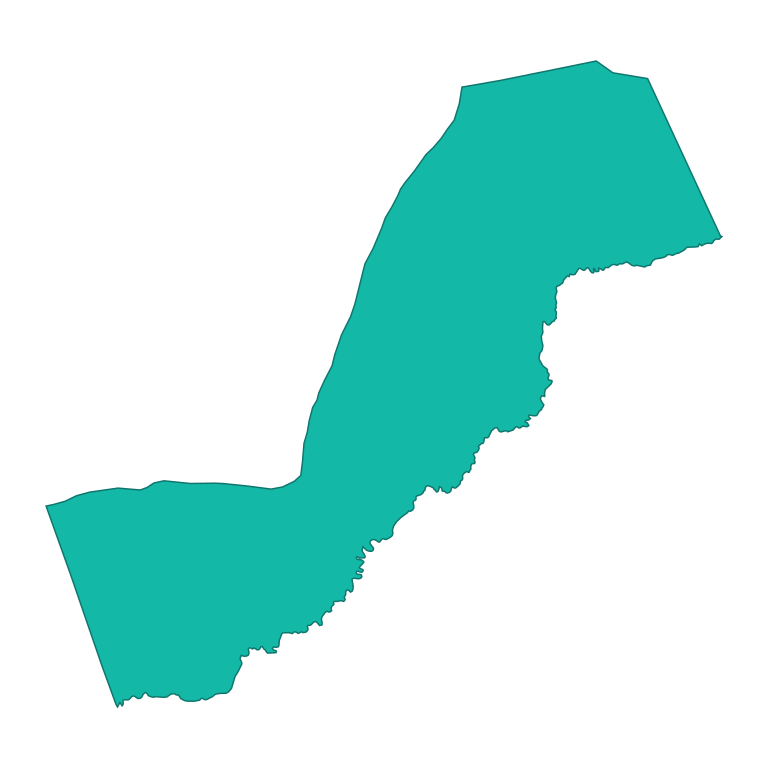 the district of Haraze-Mangueigne, Salamat, Chad
{"feature_id": "50815135B51440340925469", "entity_name": "Haraze-Mangueigne", "entity_type": "district", "adm_level": 2, "iso_a3": "TCD", "parent_name": "Chad", "parent_adm1": "Salamat", "projection": "mercator", "projection_center": [21.205, 10.401], "detail": "fine", "context": "isolated", "style": "filled", "palette": "teal", "viewbox_px": 768, "rotation_deg": 0, "n_neighbors": 0, "source": "geoboundaries", "source_scale": "gbopen_adm2", "svg_char_len": 6121}
<svg xmlns="http://www.w3.org/2000/svg" viewBox="0 0 768 768"><path d="M117.5,707.0L119.9,702.5L122.1,705.8L122.6,705.3L123.2,703.7L123.0,700.7L123.4,700.1L124.8,699.7L127.7,699.9L129.1,699.5L131.8,696.6L133.2,696.0L134.5,696.2L137.8,698.5L140.3,698.3L141.9,696.9L143.2,694.2L145.1,692.6L146.0,692.6L147.0,693.4L148.0,695.2L149.0,696.0L152.3,697.1L154.3,697.1L156.4,696.5L157.6,696.9L164.3,697.3L167.0,696.9L171.0,694.0L174.3,693.7L176.3,694.9L178.6,695.2L180.8,698.6L184.4,700.5L187.1,701.1L194.3,701.2L199.5,700.2L201.3,698.5L202.5,698.3L204.8,699.7L206.5,699.6L212.5,696.6L214.9,694.6L216.2,694.0L220.4,693.4L226.2,693.2L228.6,691.8L231.5,688.4L235.0,676.6L238.1,671.7L241.8,664.0L241.7,662.4L240.2,659.1L240.1,657.9L241.3,655.9L241.2,655.4L244.3,656.3L246.7,656.0L248.1,655.3L248.8,653.8L249.0,652.4L248.3,649.2L249.2,648.0L250.7,647.9L252.2,648.9L252.9,648.8L254.1,647.9L257.1,649.8L258.7,649.7L259.7,648.9L260.7,646.9L262.0,646.6L262.8,647.2L263.8,649.0L265.2,649.9L266.6,652.2L267.7,653.1L275.9,652.7L276.5,651.4L275.8,650.6L273.6,650.1L272.4,648.6L273.0,647.5L274.0,647.0L276.7,647.3L278.3,646.7L278.9,645.6L279.3,640.5L281.9,633.6L282.9,632.8L289.0,632.7L292.3,633.6L294.2,631.9L295.7,631.9L298.1,633.3L299.2,633.1L300.9,631.9L302.0,632.0L302.7,632.6L305.8,632.2L307.6,630.5L308.0,628.8L307.3,626.4L307.6,625.5L310.6,625.2L313.7,622.1L315.0,621.7L316.4,621.8L319.6,625.5L322.0,624.9L322.1,622.4L321.4,619.8L321.9,616.9L325.0,612.7L326.3,611.6L327.5,611.3L328.9,612.1L330.6,611.7L331.6,610.8L331.0,608.0L332.1,606.0L333.5,604.9L334.0,604.0L333.3,602.8L333.5,602.0L334.2,601.5L338.5,601.3L339.6,600.8L341.3,600.7L343.5,601.4L344.5,600.7L345.1,599.5L344.4,597.7L344.5,596.6L345.7,594.4L345.7,591.9L346.5,590.2L347.4,589.9L348.7,590.3L350.5,592.1L352.3,591.0L353.0,589.0L353.2,586.3L352.0,579.6L352.3,579.0L353.0,578.4L354.6,578.3L358.8,578.8L361.2,577.9L361.9,576.4L361.1,574.6L357.3,574.2L356.5,573.5L356.1,572.5L356.9,571.4L358.1,571.2L359.8,572.0L361.4,572.2L362.6,571.7L363.2,570.6L362.6,569.5L360.7,568.8L359.5,567.9L359.6,566.8L362.9,563.5L363.8,562.0L362.6,560.6L361.1,559.8L357.8,559.4L356.8,558.9L356.3,557.7L356.7,556.9L357.3,556.8L359.5,558.0L364.6,557.8L365.2,556.9L364.3,554.4L362.4,551.6L362.1,549.7L362.9,546.7L366.6,550.3L369.3,551.2L371.6,551.3L373.0,550.4L373.5,549.0L373.5,548.2L370.2,543.8L369.9,542.2L370.3,541.2L371.6,540.0L373.7,539.4L376.1,540.3L378.3,541.9L379.5,542.1L382.2,538.9L383.4,538.8L384.9,539.4L386.7,539.3L390.4,537.2L392.2,535.6L392.9,533.2L392.5,530.7L392.7,528.9L393.9,525.6L396.6,521.7L401.2,517.2L407.3,512.8L408.9,510.9L410.5,511.3L412.6,510.0L413.6,508.5L413.9,506.7L413.1,502.3L413.5,501.2L415.7,500.0L416.1,498.7L415.9,497.0L416.5,496.1L421.2,494.5L423.2,492.6L423.3,491.7L424.9,490.3L425.4,487.4L426.0,486.5L428.2,485.6L433.0,487.6L434.3,489.7L435.5,490.2L435.9,491.2L436.7,492.0L437.7,491.7L438.4,490.7L439.6,486.6L441.4,487.7L442.3,491.0L443.2,491.3L444.6,491.1L446.1,492.7L447.1,493.1L448.8,492.6L450.6,491.4L451.7,487.8L452.4,486.8L454.1,487.9L455.1,488.1L456.1,487.7L458.0,486.1L460.1,483.8L460.6,480.9L462.2,480.0L462.7,478.8L462.5,475.6L463.5,473.9L465.5,472.1L466.6,471.7L468.9,472.4L469.4,472.0L469.7,470.7L470.8,469.4L470.8,466.0L471.7,464.1L472.6,463.6L474.6,463.5L475.0,462.6L474.4,459.4L475.0,457.7L473.4,454.7L473.8,453.5L475.1,452.7L476.8,452.3L478.4,450.4L479.1,448.5L479.0,447.3L478.2,446.4L481.4,443.6L483.0,443.3L483.8,441.8L484.5,437.8L487.1,437.8L488.5,437.1L491.6,430.7L494.9,427.9L496.7,427.7L497.6,428.3L499.1,431.1L500.9,432.0L505.3,430.8L506.6,430.9L507.6,431.8L513.0,430.1L515.8,426.8L517.2,426.9L518.4,427.8L519.3,428.0L520.3,427.8L522.4,426.2L527.0,426.7L528.1,426.2L528.8,425.3L527.1,422.7L525.7,422.3L525.2,421.4L525.9,420.4L528.7,420.0L530.5,418.6L528.8,416.9L528.6,416.1L529.0,415.2L530.4,415.1L533.2,415.8L536.1,415.7L537.1,415.0L539.5,410.9L540.7,410.3L541.6,409.4L542.1,407.7L543.1,406.7L543.8,404.8L542.0,402.4L540.5,399.2L540.4,398.2L541.6,395.8L544.7,396.4L544.6,393.2L545.2,389.6L551.0,384.0L552.0,382.1L551.9,380.6L548.9,380.0L547.9,378.4L549.0,375.4L549.0,374.1L547.3,372.0L547.5,370.6L547.1,369.2L542.7,365.7L539.5,359.9L539.0,358.3L539.9,353.1L542.0,350.5L542.8,346.8L542.8,345.0L541.8,341.3L541.3,336.2L542.9,332.6L542.5,328.2L542.9,322.1L543.5,321.6L544.6,321.6L546.6,324.2L547.7,324.9L549.0,325.0L550.5,323.9L551.9,322.1L554.4,320.8L554.8,319.5L556.3,318.3L556.0,316.2L556.4,312.0L555.0,309.8L555.1,309.1L555.9,308.6L556.2,307.4L555.8,305.2L556.6,302.8L555.3,297.8L555.7,295.1L556.9,291.6L556.2,289.0L556.3,287.2L557.0,286.3L559.7,285.3L561.5,283.6L562.5,283.3L563.8,279.8L567.1,276.1L569.3,276.5L569.9,274.1L572.9,274.8L575.0,274.3L578.8,268.5L580.4,268.4L583.3,270.3L584.5,270.2L585.5,269.5L586.6,267.9L588.6,268.0L590.2,270.9L591.8,272.6L593.2,272.9L594.0,272.0L593.6,268.7L594.3,268.7L595.4,270.9L596.3,271.7L598.2,271.4L598.9,270.9L598.6,268.2L600.7,268.9L602.6,270.2L603.6,270.1L605.3,267.5L608.3,267.6L611.9,264.8L612.9,264.5L615.0,264.6L616.6,265.2L618.0,264.9L619.7,263.7L622.5,263.9L625.9,262.1L627.7,262.3L631.9,265.3L633.4,265.8L635.1,265.9L636.3,265.2L644.8,267.0L646.5,265.8L650.4,265.1L652.4,261.0L655.5,258.9L662.0,257.9L665.4,256.7L667.6,254.7L669.1,254.5L672.6,255.3L676.6,253.4L678.5,253.2L680.5,252.1L684.1,250.1L686.7,247.5L687.5,247.2L694.6,247.0L698.1,246.6L699.6,243.8L701.5,245.7L705.9,243.5L708.7,243.2L711.3,243.5L712.8,242.6L713.5,240.9L715.8,239.1L719.1,239.2L721.9,236.6L720.4,235.9L647.6,78.6L612.8,72.8L596.2,61.0L500.6,80.4L462.0,87.1L459.3,103.7L454.2,120.2L447.4,129.2L441.2,138.4L433.2,147.7L426.0,154.6L414.4,171.0L405.2,182.4L400.6,189.0L397.7,195.9L392.0,206.7L385.4,217.7L381.6,228.3L373.1,248.5L364.9,264.0L354.9,304.0L350.6,316.6L341.5,334.9L334.8,354.6L332.1,365.7L324.3,380.8L318.8,392.9L317.0,400.1L312.7,407.4L309.2,420.7L307.3,432.1L304.0,443.4L302.5,461.8L300.8,475.5L294.3,481.3L282.5,487.0L271.1,489.1L246.3,485.9L222.4,483.5L214.7,483.2L190.2,483.5L163.9,480.8L153.9,483.0L147.0,487.5L140.3,490.0L118.0,488.1L89.9,492.1L76.6,495.7L65.0,501.3L53.9,504.4L46.1,506.1L70.0,572.9L101.6,664.8L116.0,704.4L117.5,707.0Z" fill="#14b8a6" stroke="#0f766e" stroke-width="1.5"/></svg>